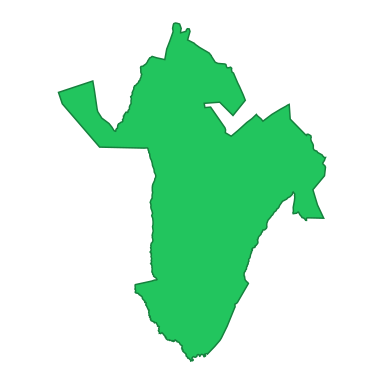 outline of Narok North, Rift Valley, Kenya
{"feature_id": "3690345B19794245895997", "entity_name": "Narok North", "entity_type": "district", "adm_level": 2, "iso_a3": "KEN", "parent_name": "Kenya", "parent_adm1": "Rift Valley", "projection": "robinson", "projection_center": [35.859, -0.842], "detail": "fine", "context": "isolated", "style": "filled", "palette": "green", "viewbox_px": 384, "rotation_deg": 0, "n_neighbors": 0, "source": "geoboundaries", "source_scale": "gbopen_adm2", "svg_char_len": 6031}
<svg xmlns="http://www.w3.org/2000/svg" viewBox="0 0 384 384"><path d="M289.2,104.4L287.6,105.1L285.8,106.3L280.5,109.2L271.9,114.4L262.9,121.2L261.0,118.8L257.3,115.7L256.4,114.4L252.0,118.6L246.8,122.5L238.1,130.4L231.2,136.2L225.3,132.7L225.6,129.9L224.9,127.7L210.6,107.1L204.9,107.6L204.2,103.3L219.7,102.2L233.0,115.5L245.3,100.3L243.2,94.9L239.5,86.6L237.7,83.0L233.5,73.1L232.0,72.0L231.7,71.0L231.5,69.3L231.7,68.3L230.6,67.2L227.9,67.9L227.1,67.7L226.5,66.8L225.9,64.5L224.9,64.0L217.9,63.4L215.2,62.2L211.5,56.4L211.2,55.5L210.3,54.6L209.4,53.2L199.5,47.4L195.3,44.4L194.3,43.3L187.6,39.9L190.0,31.4L189.2,28.9L187.4,28.7L186.6,29.5L185.9,31.4L180.6,32.8L180.6,31.4L181.2,28.4L179.6,24.0L176.8,23.2L175.4,23.0L173.8,23.6L173.3,24.8L172.6,28.4L173.1,31.0L173.0,32.0L169.8,41.1L166.7,49.1L164.8,59.6L156.6,57.8L152.1,56.4L150.5,57.7L149.8,57.8L147.9,60.7L147.2,62.3L145.7,64.2L144.2,65.1L143.4,66.0L141.0,66.5L140.8,66.8L140.5,67.9L140.8,68.9L140.8,72.2L141.4,73.8L141.8,74.2L141.2,75.7L141.1,77.0L140.2,78.9L139.8,80.5L138.7,81.2L138.6,82.2L138.0,83.0L136.5,84.3L135.7,85.4L134.6,85.8L133.8,87.6L133.8,89.0L132.2,92.5L132.5,93.0L132.2,93.2L132.4,94.2L131.2,96.4L130.7,96.6L130.8,97.2L131.4,98.6L131.0,100.6L131.1,103.6L130.0,105.3L129.4,106.9L129.4,109.2L128.2,110.3L128.0,111.8L127.7,112.5L126.9,112.1L125.8,112.3L125.0,113.9L124.6,114.1L124.2,114.8L124.2,115.7L123.4,116.1L123.6,117.2L123.4,118.4L122.5,119.8L122.9,120.5L122.7,121.4L122.5,121.7L120.9,122.3L119.5,123.4L118.6,123.8L117.8,125.2L117.4,128.3L116.6,128.6L116.0,129.5L115.7,131.2L115.3,131.3L114.0,130.6L112.0,127.3L109.0,123.5L101.8,118.1L97.7,111.6L97.1,109.0L94.3,89.7L92.8,81.0L58.5,92.4L62.3,103.8L99.6,147.1L144.1,148.1L147.2,147.9L147.9,148.4L148.3,150.4L148.8,151.2L148.8,152.5L149.7,153.9L149.8,155.8L150.4,158.4L151.3,160.0L152.2,163.0L152.5,165.5L154.0,169.3L154.3,172.2L155.3,174.0L155.8,175.9L155.5,177.7L154.9,178.6L154.6,180.5L153.0,183.9L152.5,185.4L152.5,186.4L152.3,186.8L152.3,191.0L152.7,192.2L152.1,195.2L152.1,198.6L151.7,198.8L151.1,199.8L150.2,202.4L150.8,203.9L151.0,205.7L150.8,206.9L151.1,208.7L151.8,210.3L152.6,213.3L151.7,215.7L152.7,218.2L153.1,221.8L153.0,224.8L152.5,226.6L153.2,231.1L152.1,235.4L152.5,236.1L152.2,237.0L152.8,239.4L152.9,240.8L152.2,242.5L151.3,243.2L150.8,245.5L151.0,245.8L151.0,246.9L150.6,247.6L151.2,249.7L150.6,251.7L150.1,252.0L150.5,252.7L151.4,253.2L151.4,253.8L151.1,254.1L151.4,255.3L151.0,256.6L151.7,258.5L151.2,260.7L151.7,261.3L151.2,262.6L151.4,263.5L150.8,263.8L151.6,264.7L152.0,266.1L151.9,267.5L152.2,268.5L151.9,272.0L152.6,273.0L152.8,274.4L153.6,275.1L153.6,276.2L154.7,277.1L155.3,277.3L156.3,278.3L157.0,279.6L156.6,279.9L154.5,280.1L151.6,281.1L135.4,284.6L135.2,284.8L135.1,285.4L135.3,288.6L135.0,288.8L135.0,289.3L135.4,289.6L135.7,291.0L135.4,291.4L135.3,292.5L136.2,293.1L136.6,293.0L138.3,293.5L139.4,294.9L139.8,294.9L141.0,296.0L141.4,296.0L142.1,296.9L142.3,297.3L142.3,298.2L143.0,299.4L143.5,299.7L144.5,301.1L144.9,301.2L144.8,302.4L145.7,302.5L146.2,303.0L145.9,304.1L146.0,304.6L145.8,305.0L146.4,305.6L148.5,310.1L148.8,309.9L149.1,310.1L148.7,312.5L149.1,313.8L149.0,315.5L150.2,316.2L150.2,316.9L149.8,316.7L149.6,317.1L150.7,318.7L150.8,319.2L150.5,319.5L151.2,320.7L154.2,322.0L154.2,322.6L154.6,322.9L155.5,322.6L156.4,322.8L156.8,324.0L157.6,325.1L157.5,326.0L157.8,326.3L158.6,326.2L159.3,326.8L158.7,328.4L159.1,329.6L158.4,330.3L158.6,331.1L159.4,332.0L159.3,333.3L159.9,333.2L160.7,333.6L161.9,332.7L162.7,333.4L164.7,336.0L165.3,336.4L165.2,337.0L165.4,337.4L165.7,337.1L166.0,337.5L166.3,338.9L167.8,340.0L169.4,339.9L169.6,340.4L170.7,340.3L172.1,341.1L172.7,340.6L173.1,340.7L173.1,341.3L173.5,341.5L174.3,341.1L174.5,340.3L175.2,339.9L175.5,340.0L175.8,340.6L176.7,340.7L177.0,341.7L179.2,342.4L180.4,344.7L182.0,345.6L182.1,347.1L181.7,348.1L182.3,348.6L182.1,349.7L183.0,350.0L182.9,351.3L185.9,353.9L185.9,354.3L186.2,354.5L186.1,355.9L187.1,356.7L187.8,358.1L188.1,358.3L188.8,358.2L189.5,359.1L190.1,359.5L190.5,360.0L190.7,361.0L191.4,360.7L192.6,360.7L193.2,360.1L193.0,359.4L192.1,359.1L192.0,358.7L192.1,357.8L193.0,356.9L193.5,356.6L194.8,357.2L195.6,357.2L196.8,356.4L197.0,355.3L198.1,354.5L198.8,354.7L199.7,356.3L200.0,356.2L200.4,355.1L201.7,354.3L203.1,354.8L203.5,355.3L203.9,356.6L204.3,356.7L205.4,356.1L205.6,355.6L205.3,355.2L204.5,354.7L204.7,354.2L206.8,353.6L207.4,354.1L214.7,346.5L220.0,340.3L221.4,338.0L227.2,326.1L234.8,307.4L235.1,307.0L234.9,304.2L236.6,303.3L237.5,302.3L248.4,283.5L247.6,282.3L246.7,281.8L245.0,279.6L244.5,276.1L244.0,275.8L244.2,272.6L245.4,271.0L245.4,270.6L245.8,269.7L246.4,269.2L246.6,266.8L247.1,266.4L247.6,264.5L248.1,264.1L248.3,262.1L248.9,261.3L248.7,259.3L250.0,257.7L250.5,254.9L251.0,253.4L251.5,252.7L251.3,251.8L252.3,250.5L252.4,249.7L251.9,249.5L252.0,249.0L252.5,248.3L253.5,247.7L254.8,247.4L255.2,246.7L255.0,246.1L256.1,245.4L257.5,243.6L257.9,242.8L257.8,241.0L257.4,239.6L258.0,239.1L258.3,237.5L258.9,236.5L261.0,234.3L261.6,232.4L262.4,231.8L262.4,231.3L263.2,229.8L264.6,229.9L266.4,228.3L266.9,226.9L266.7,225.4L266.8,223.4L268.0,220.2L270.7,217.1L271.4,215.9L272.7,214.8L274.2,212.1L276.0,210.8L276.9,209.0L277.9,208.4L278.7,207.6L279.7,205.3L282.5,201.3L286.7,199.1L287.8,197.8L290.0,196.7L292.2,194.5L292.6,193.3L292.6,192.6L293.2,192.0L294.8,194.1L294.5,195.5L294.8,197.3L294.4,201.0L293.2,207.3L293.4,211.3L292.9,212.9L293.2,213.7L296.6,213.2L298.1,212.0L298.5,212.2L300.0,214.9L301.8,216.9L301.9,217.5L303.8,218.1L305.2,219.5L305.6,220.3L306.1,220.4L306.5,220.4L306.4,218.7L307.2,217.8L323.7,218.2L317.5,205.0L312.9,189.7L324.5,175.8L325.5,167.1L325.1,166.7L325.1,166.1L323.1,164.1L322.7,163.1L324.5,160.3L324.9,158.9L325.5,157.5L324.4,157.6L322.7,155.9L322.1,154.9L317.7,152.5L316.7,151.0L315.7,150.9L315.0,150.4L314.6,150.4L314.0,149.8L313.3,148.5L313.3,145.3L312.9,144.1L311.3,141.1L311.0,140.1L310.8,138.7L311.2,137.3L310.8,135.7L308.1,134.2L307.0,134.3L306.6,135.4L305.2,134.4L290.2,119.1L289.2,104.4Z" fill="#22c55e" stroke="#15803d" stroke-width="1.5"/></svg>